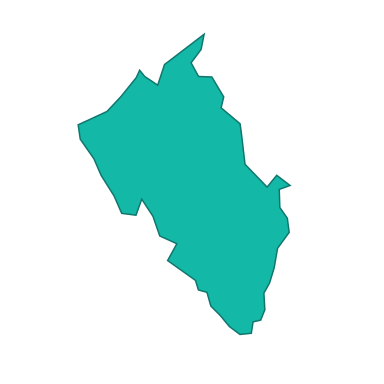 outline of Peristeronari, Cyprus, rotated 347°
{"feature_id": "46923920B2935108629033", "entity_name": "Peristeronari", "entity_type": "district", "adm_level": 2, "iso_a3": "CYP", "parent_name": "Cyprus", "parent_adm1": "", "projection": "albers", "projection_center": [32.861, 35.138], "detail": "fine", "context": "isolated", "style": "filled", "palette": "teal", "viewbox_px": 384, "rotation_deg": 347, "n_neighbors": 0, "source": "geoboundaries", "source_scale": "gbopen_adm2", "svg_char_len": 781}
<svg xmlns="http://www.w3.org/2000/svg" viewBox="0 0 384 384"><g transform="rotate(347 192 192)"><path d="M107.2,155.4L115.2,178.4L118.7,197.0L132.2,202.0L141.4,187.7L148.5,206.9L150.7,227.6L165.6,239.0L152.8,253.3L175.5,278.9L176.2,288.9L184.0,293.1L184.7,307.4L191.8,318.8L198.2,331.6L206.7,341.6L218.0,343.0L222.3,332.3L230.1,332.3L236.5,323.1L239.3,306.7L247.1,298.1L254.9,284.6L262.7,266.1L277.6,253.2L279.0,239.0L274.1,226.9L277.6,209.1L289.0,207.7L278.3,194.8L266.3,204.1L249.9,177.0L253.5,144.3L254.2,136.4L239.3,116.5L244.3,106.5L237.2,84.4L224.4,80.9L220.2,65.9L232.9,55.2L239.3,41.0L193.9,61.6L182.6,80.2L171.9,68.8L168.4,61.6L163.4,68.0L144.3,83.0L127.3,94.4L96.2,100.9L95.0,115.4L103.9,137.6L107.2,155.4Z" fill="#14b8a6" stroke="#0f766e" stroke-width="1.5"/></g></svg>